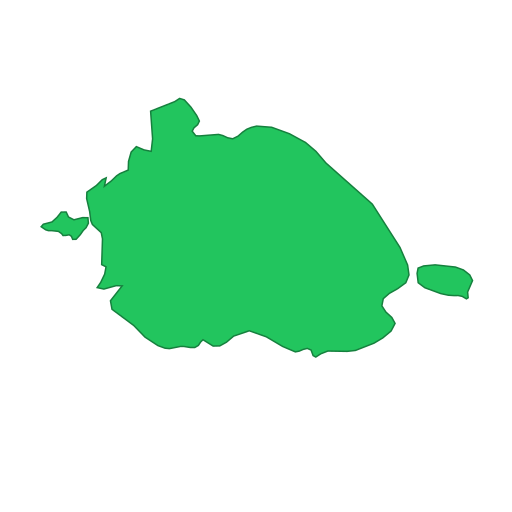 outline of Bohol, rotated 226°
{"feature_id": "PHL-2513", "entity_name": "Bohol", "entity_type": "Province", "adm_level": 1, "iso_a3": "PHL", "parent_name": "Philippines", "parent_adm1": "", "projection": "natural_earth1", "projection_center": [124.255, 9.856], "detail": "fine", "context": "isolated", "style": "filled", "palette": "green", "viewbox_px": 512, "rotation_deg": 226, "n_neighbors": 0, "source": "natural_earth", "source_scale": "10m", "svg_char_len": 1940}
<svg xmlns="http://www.w3.org/2000/svg" viewBox="0 0 512 512"><g transform="rotate(226 256 256)"><path d="M410.2,249.1L404.1,253.3L412.1,263.0L433.4,280.8L423.5,304.8L422.4,310.5L418.1,312.9L408.3,312.6L398.2,310.9L392.4,309.0L391.0,305.2L391.3,300.4L390.1,296.8L384.3,296.2L381.6,298.8L369.5,313.5L365.7,315.8L360.8,317.7L356.5,320.7L354.7,326.3L354.4,332.4L353.6,337.4L351.8,341.9L349.0,346.7L337.7,356.7L320.7,365.0L303.1,370.5L289.7,371.8L274.3,370.9L212.5,375.7L162.1,365.5L144.2,358.8L136.1,352.9L132.7,345.2L134.1,335.2L136.5,325.9L136.9,317.9L132.7,311.9L125.5,310.5L117.4,311.0L110.9,309.2L108.2,301.1L109.0,290.3L111.3,280.4L119.0,261.9L124.1,255.3L137.7,241.7L140.6,234.8L141.8,228.8L144.7,227.9L150.1,230.3L153.9,228.7L156.0,225.1L157.6,220.9L159.7,217.7L172.5,212.3L190.7,207.3L206.9,199.2L213.9,184.3L214.5,174.9L216.5,167.5L221.0,162.6L232.6,159.7L232.6,156.5L231.7,152.4L232.7,148.4L235.8,145.2L240.9,141.4L243.3,139.0L249.5,129.4L252.9,126.5L259.7,123.2L274.8,119.8L290.9,119.8L317.7,115.4L324.9,120.2L327.5,139.0L331.8,134.8L337.9,123.6L343.6,119.8L344.9,126.0L348.1,134.6L352.4,140.6L357.0,139.0L375.0,157.5L380.3,160.9L392.3,160.2L396.3,161.8L403.5,167.2L415.0,174.1L419.4,178.7L417.6,190.1L417.7,198.4L416.3,202.5L411.5,195.4L410.5,204.2L410.5,211.4L409.8,215.4L406.6,223.8L412.6,230.0L417.5,238.4L417.8,245.9L410.2,249.1ZM124.1,354.1L131.6,359.8L134.7,364.2L132.4,369.7L125.2,378.7L109.5,391.8L101.9,395.5L93.9,396.6L87.9,394.7L83.1,383.2L78.6,379.6L79.0,377.6L83.7,376.3L87.1,374.0L89.8,371.1L94.2,367.1L100.6,362.8L115.9,355.4L124.1,354.1ZM426.6,125.1L422.2,132.9L422.0,139.8L422.9,146.4L419.5,150.0L414.3,148.2L408.5,150.2L404.1,157.9L400.3,161.7L396.0,158.2L394.4,153.4L394.4,149.6L393.4,144.4L393.0,138.2L395.3,135.7L398.4,136.9L401.0,136.4L402.9,133.5L404.8,131.4L407.1,131.7L410.9,131.0L416.0,126.8L418.4,124.3L421.0,122.9L426.3,121.8L426.6,125.1Z" fill="#22c55e" stroke="#15803d" stroke-width="1.5"/></g></svg>